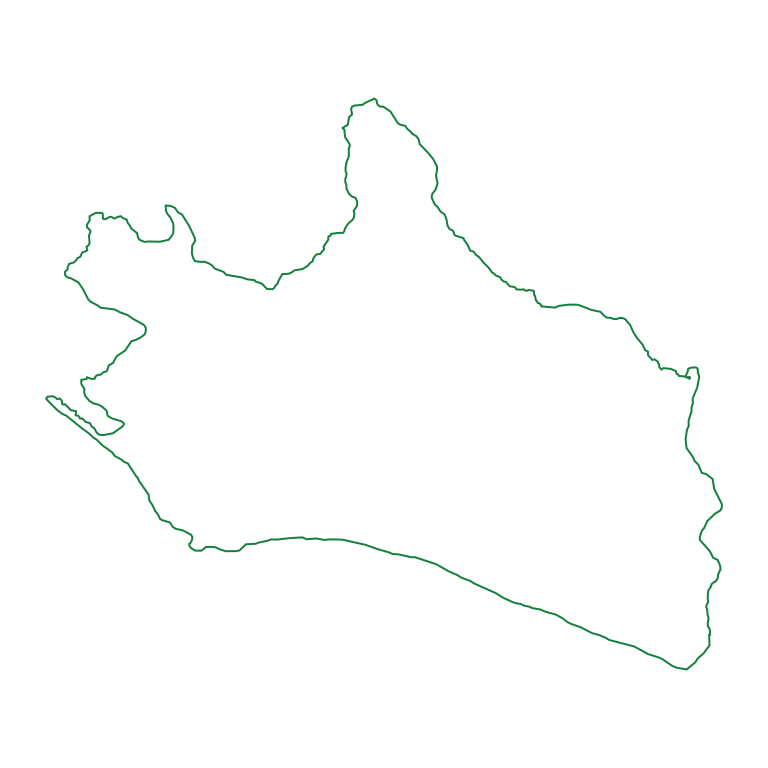 Puerto Jimenez, Puntarenas, Costa Rica
{"feature_id": "36466004B12090025276311", "entity_name": "Puerto Jimenez", "entity_type": "district", "adm_level": 2, "iso_a3": "CRI", "parent_name": "Costa Rica", "parent_adm1": "Puntarenas", "projection": "albers", "projection_center": [-83.47, 8.533], "detail": "fine", "context": "isolated", "style": "outline", "palette": "green", "viewbox_px": 768, "rotation_deg": 0, "n_neighbors": 0, "source": "geoboundaries", "source_scale": "gbopen_adm2", "svg_char_len": 6036}
<svg xmlns="http://www.w3.org/2000/svg" viewBox="0 0 768 768"><path d="M47.6,396.7L46.1,398.6L47.0,399.8L57.0,409.9L62.3,413.9L66.3,415.7L83.2,429.3L88.7,433.2L93.3,437.6L96.6,439.6L102.7,445.6L112.3,452.5L114.8,456.0L121.6,459.7L123.9,461.8L127.8,463.4L136.4,476.6L137.3,477.1L139.1,481.1L148.6,494.7L149.3,500.5L152.5,505.1L155.0,510.7L158.1,514.7L159.9,518.7L162.0,520.1L170.0,522.5L172.8,526.9L175.7,528.8L182.9,530.4L190.9,534.7L192.3,536.8L192.1,539.7L190.5,542.9L189.3,543.8L189.2,545.5L190.8,548.0L195.2,550.6L201.3,550.7L206.0,547.0L213.1,546.9L216.1,547.5L219.2,549.1L225.6,551.2L236.7,551.1L239.7,550.3L245.9,544.3L255.5,543.8L258.3,542.7L268.5,540.5L271.0,539.4L276.7,539.6L290.1,538.1L302.3,537.4L306.7,539.2L316.7,538.5L323.9,539.9L329.8,539.4L342.1,539.6L365.5,544.8L376.3,548.7L389.0,552.4L392.6,554.0L398.3,554.3L411.1,557.2L414.9,557.2L436.0,564.1L448.5,571.2L457.6,575.2L461.2,577.6L470.8,581.2L473.8,583.3L496.1,593.3L502.7,597.5L512.2,601.9L515.4,603.1L520.7,604.0L524.2,605.7L529.4,606.7L532.3,608.1L540.3,609.5L545.1,611.6L555.9,614.6L562.9,618.5L567.4,622.1L571.1,623.9L580.8,627.3L592.0,633.1L599.3,635.1L605.2,637.6L609.3,640.0L634.3,646.5L648.1,654.1L658.8,657.5L662.6,659.3L672.6,666.1L677.5,667.9L686.7,669.4L695.2,662.4L697.8,658.4L704.4,652.6L704.7,651.6L709.5,645.5L709.1,635.2L709.9,635.1L710.0,631.2L709.5,628.7L707.8,626.0L707.8,622.4L708.6,618.2L707.6,615.0L707.1,609.0L706.2,607.1L706.6,604.7L708.2,602.2L707.7,598.5L708.0,592.5L708.6,590.0L710.6,587.2L711.5,584.3L713.5,582.4L715.0,581.9L717.1,579.6L717.9,577.2L718.2,574.2L720.4,569.6L720.4,567.3L719.4,563.7L717.7,560.0L713.1,557.7L709.9,551.3L699.8,539.8L699.8,537.0L701.8,530.7L704.1,528.1L707.2,521.1L715.0,513.7L720.1,510.6L721.7,508.1L721.9,504.2L714.2,488.9L712.6,479.0L706.1,474.1L701.8,472.8L698.4,464.8L694.6,460.9L692.9,457.0L686.5,447.9L685.6,439.1L687.0,429.6L688.7,426.1L688.6,420.7L691.5,411.1L691.5,407.7L692.9,402.9L692.7,398.4L697.2,387.6L699.3,376.6L697.9,372.9L697.7,369.0L696.9,367.9L695.4,367.4L690.7,367.7L688.2,368.9L687.7,371.4L685.6,376.2L686.6,377.3L689.3,377.0L690.1,377.5L689.5,378.7L684.6,376.5L678.9,375.9L678.2,374.5L676.7,373.8L675.8,371.0L670.8,368.9L663.5,368.1L661.4,369.5L659.3,367.0L659.0,364.0L658.0,363.0L657.9,361.7L654.5,359.3L652.4,360.0L648.1,355.3L648.0,351.7L645.1,350.1L642.7,344.8L636.9,337.8L633.4,332.3L630.2,325.1L625.2,319.2L622.4,318.0L619.3,318.0L616.6,319.0L614.0,319.0L610.1,317.8L606.7,317.6L603.8,315.5L600.5,311.8L591.3,309.9L580.2,305.5L577.0,304.7L569.1,304.6L558.8,305.9L555.0,307.6L541.4,306.4L541.3,305.3L540.2,303.9L537.5,302.7L537.0,301.1L535.9,300.4L535.0,295.9L534.1,294.7L534.0,291.3L533.2,290.6L528.4,290.0L527.4,290.7L526.2,290.7L524.6,290.3L523.7,289.3L521.3,289.7L516.6,289.4L515.3,287.6L513.9,286.9L509.7,286.3L505.9,281.9L503.9,281.5L502.0,280.2L500.1,277.2L495.9,275.5L493.8,273.4L492.4,272.8L488.8,267.8L483.5,262.6L478.8,256.8L476.1,255.1L473.5,251.6L470.1,250.5L467.5,244.6L464.0,239.8L463.5,238.2L455.2,235.5L454.3,234.5L453.3,231.0L449.4,228.8L447.5,225.5L446.4,218.9L444.5,214.4L440.4,211.4L437.7,207.1L435.4,205.1L434.0,202.9L431.8,198.0L431.8,195.5L432.5,193.5L435.4,189.9L437.6,183.5L436.0,175.8L437.0,170.5L437.0,166.5L433.3,159.2L427.6,152.3L419.7,144.1L418.6,139.2L416.1,136.0L412.4,133.9L410.8,131.9L407.1,128.7L405.3,125.9L400.4,124.7L397.8,123.1L390.5,111.6L383.2,106.6L380.1,106.6L378.2,105.2L377.2,103.8L376.5,100.2L374.3,98.6L364.4,103.3L362.9,104.7L354.4,105.6L351.9,106.8L351.1,109.0L352.1,114.4L349.2,117.0L347.7,124.9L342.7,127.8L343.0,128.7L344.4,129.5L345.0,136.9L349.7,144.2L349.7,146.5L348.8,148.2L348.8,156.7L346.6,161.8L345.5,167.9L345.7,171.8L346.6,173.6L345.9,177.5L345.3,178.6L345.3,182.1L346.3,184.8L346.4,188.3L348.9,193.7L351.9,196.5L355.5,197.9L357.2,201.5L357.0,205.9L353.7,210.8L354.3,213.5L354.1,217.3L351.7,220.7L349.7,222.0L347.3,224.8L344.8,228.9L344.4,231.0L343.1,232.9L338.2,232.9L331.1,233.9L330.1,236.0L328.7,236.4L328.2,237.4L328.4,239.5L323.6,246.6L324.1,249.2L320.1,254.0L317.4,254.2L315.7,255.1L313.3,258.4L312.6,261.3L309.8,263.2L307.8,265.8L302.6,269.0L294.3,270.4L291.8,272.4L288.4,273.8L282.3,274.1L278.7,280.4L277.5,283.8L276.2,284.8L273.9,288.2L272.4,289.2L267.0,289.0L262.1,283.8L255.3,281.4L254.4,280.1L247.6,279.4L241.5,277.4L226.3,274.8L223.5,271.9L214.6,268.5L212.6,265.9L208.9,263.4L206.1,262.3L203.6,261.7L200.5,261.9L194.9,261.1L193.0,257.7L191.9,253.4L192.2,245.7L195.2,240.9L194.8,238.0L189.2,226.0L181.9,214.4L178.1,212.4L174.8,207.8L170.4,205.8L165.7,205.6L166.0,210.6L166.9,213.1L170.4,217.6L173.1,223.1L173.5,226.5L173.3,233.1L171.2,236.7L168.6,239.8L160.0,241.7L148.3,241.5L144.4,241.9L139.7,239.9L138.3,238.2L137.0,233.1L130.9,228.1L129.8,225.5L127.9,223.1L126.5,219.5L123.2,218.2L120.7,216.2L116.9,217.2L115.1,218.4L113.8,218.4L111.5,216.9L109.7,216.9L105.6,219.1L103.8,219.1L102.9,218.5L102.8,214.1L102.0,212.9L95.8,212.9L89.6,216.2L89.6,220.6L86.9,224.9L87.0,227.1L90.4,230.6L90.4,232.1L89.0,235.6L89.6,243.6L88.6,245.2L86.6,246.7L87.3,250.1L86.1,251.1L82.3,252.4L80.2,256.9L77.3,258.2L76.2,260.3L73.9,262.4L69.1,263.9L67.7,267.1L67.6,269.3L65.0,271.9L65.1,275.1L67.3,277.3L70.8,278.2L78.4,282.4L82.9,289.0L88.2,299.3L90.6,301.7L97.7,305.5L100.6,307.7L114.8,309.5L119.7,312.2L127.8,315.1L132.8,318.7L143.2,324.5L144.4,325.5L145.8,328.0L145.8,331.6L144.4,334.6L140.3,337.7L135.8,339.9L131.4,341.2L125.3,350.4L116.7,356.2L112.9,363.0L108.8,365.4L106.9,371.1L103.0,372.5L100.8,374.6L96.8,375.3L95.3,376.9L94.5,378.9L91.4,378.9L87.0,377.3L86.4,379.1L81.3,379.8L81.3,383.8L84.4,389.2L84.2,392.7L85.1,395.8L89.3,400.8L93.1,403.3L98.6,404.7L101.5,406.3L105.9,409.9L107.1,412.1L107.5,415.5L108.1,416.1L112.2,418.5L121.5,421.3L123.8,423.3L123.7,425.0L121.8,427.0L112.9,433.3L103.3,435.1L99.1,434.7L96.7,432.7L94.3,428.3L91.7,426.5L89.8,423.1L85.6,421.9L82.5,418.5L80.0,418.5L79.3,416.9L77.8,415.6L75.7,415.3L76.0,411.5L75.6,411.0L70.8,410.2L65.1,404.3L63.1,404.5L62.1,403.9L62.1,401.1L60.3,398.9L59.3,398.6L57.2,399.2L55.3,397.4L52.4,396.2L47.6,396.7Z" fill="none" stroke="#15803d" stroke-width="2"/></svg>